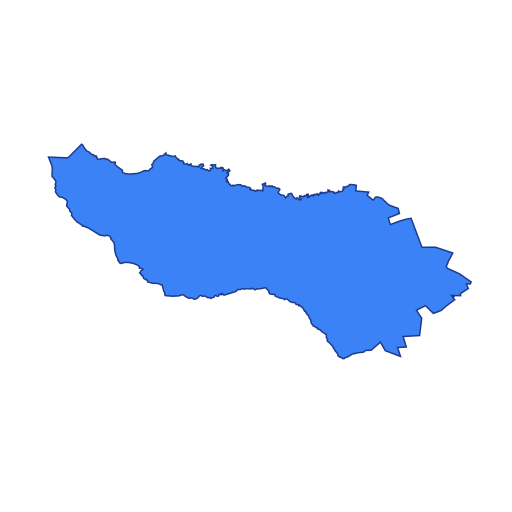 the district of Nyanga, Manicaland, Zimbabwe, rotated 276°
{"feature_id": "62879985B16821678583413", "entity_name": "Nyanga", "entity_type": "district", "adm_level": 2, "iso_a3": "ZWE", "parent_name": "Zimbabwe", "parent_adm1": "Manicaland", "projection": "natural_earth1", "projection_center": [32.82, -17.911], "detail": "fine", "context": "isolated", "style": "filled", "palette": "blue", "viewbox_px": 512, "rotation_deg": 276, "n_neighbors": 0, "source": "geoboundaries", "source_scale": "gbopen_adm2", "svg_char_len": 6113}
<svg xmlns="http://www.w3.org/2000/svg" viewBox="0 0 512 512"><g transform="rotate(276 256 256)"><path d="M181.2,415.0L191.3,410.7L194.0,427.0L211.4,427.3L218.9,421.2L224.3,429.8L217.4,438.4L221.1,445.7L226.9,451.2L233.3,458.2L234.5,456.6L236.1,457.1L235.7,456.1L237.2,454.5L237.9,463.6L240.1,463.4L245.8,470.5L250.3,468.2L250.6,472.0L252.7,472.7L259.6,460.1L263.7,447.8L265.3,446.2L269.2,447.6L269.7,447.4L279.5,451.4L283.5,433.6L282.0,420.1L309.7,406.3L308.5,402.0L305.8,395.3L301.3,386.3L307.7,383.6L313.3,394.2L318.2,392.4L320.2,384.2L321.4,381.6L326.5,375.1L327.5,370.7L326.9,368.5L323.9,367.1L324.3,365.9L327.9,360.2L331.3,361.4L331.2,348.4L336.7,348.4L337.1,346.2L337.0,342.7L336.8,341.5L335.2,340.5L334.5,339.3L334.7,338.7L333.5,337.7L334.0,336.5L333.7,335.6L332.1,336.3L331.8,335.5L330.5,335.8L329.4,334.9L328.5,332.6L329.3,331.5L328.3,331.2L328.0,330.4L327.3,330.2L327.5,329.4L326.5,328.4L326.8,327.0L327.5,327.2L327.5,326.0L328.1,325.7L327.5,322.2L327.9,321.9L328.9,322.3L329.2,320.7L327.4,321.0L327.0,319.9L326.1,319.3L326.5,318.1L326.0,317.0L325.7,317.0L325.7,316.2L325.2,315.3L325.3,314.9L326.1,314.9L326.1,313.7L325.2,313.1L324.6,313.4L324.3,312.5L322.9,311.9L323.0,311.3L323.9,311.1L324.3,310.3L323.3,308.8L323.4,308.0L323.0,306.9L322.3,307.3L321.7,306.7L322.4,305.2L322.2,304.4L321.3,304.2L319.7,301.2L321.2,300.8L321.2,302.3L323.0,301.2L322.5,299.9L321.6,299.7L321.1,298.9L321.0,297.7L319.8,297.3L320.5,293.3L320.0,293.0L318.8,293.3L317.6,294.9L316.4,294.7L316.9,294.0L316.6,292.5L317.5,292.2L318.2,291.0L317.6,290.1L317.0,290.1L317.2,288.9L319.6,286.2L321.6,285.2L322.0,284.2L320.8,281.4L319.1,281.7L318.5,280.3L317.3,279.9L316.9,279.4L319.0,277.6L319.4,275.5L319.3,274.3L320.9,271.7L322.4,271.6L324.5,272.8L325.3,272.4L325.8,270.9L325.5,269.2L326.5,267.8L326.8,266.4L326.4,265.0L327.4,264.7L326.6,263.1L327.3,262.4L326.5,260.5L326.9,257.9L327.3,257.4L329.0,258.0L329.6,257.8L327.9,254.8L325.9,255.9L322.9,255.8L321.8,256.1L321.4,255.8L321.9,255.4L321.6,253.8L321.8,252.5L321.1,250.7L321.7,250.2L320.2,248.3L321.1,247.6L320.9,245.3L321.7,244.2L321.2,243.6L321.3,243.2L322.4,243.5L323.5,242.6L323.4,239.8L324.3,238.5L324.6,236.1L323.8,235.1L325.3,233.5L325.1,230.8L324.1,227.8L323.3,226.6L324.0,226.0L323.3,223.4L324.5,222.7L325.1,221.4L326.2,220.9L327.1,218.6L327.6,218.8L327.7,219.6L328.0,219.2L329.0,219.6L330.0,217.9L330.8,218.0L331.6,219.0L332.6,219.1L333.0,220.1L335.4,220.1L335.7,218.4L336.5,218.9L337.8,221.0L338.5,221.0L339.5,219.7L338.1,218.3L337.9,217.0L338.3,215.6L337.4,214.3L339.0,214.7L340.3,213.8L340.5,212.1L340.4,211.8L339.5,212.1L339.5,209.6L339.0,207.9L340.1,206.5L342.6,206.2L342.1,204.3L342.2,202.3L341.6,201.6L340.9,203.2L338.7,203.8L338.4,201.4L337.0,201.9L335.8,200.8L335.7,200.1L336.9,198.5L336.1,197.3L337.2,195.6L337.3,192.3L337.9,192.4L340.2,194.5L341.9,193.7L341.4,191.3L340.6,191.0L340.6,190.1L338.8,190.0L338.5,189.6L339.1,187.5L338.6,186.1L338.9,182.4L339.2,181.9L340.7,181.8L340.4,180.7L339.3,180.0L339.5,179.0L340.8,178.1L339.9,176.5L340.2,174.5L340.5,174.1L341.3,174.5L342.9,173.2L342.8,169.7L344.1,169.1L344.9,166.8L347.1,165.2L346.3,162.9L346.8,160.2L346.5,159.3L347.2,158.3L347.1,156.5L347.4,156.0L349.0,155.6L346.1,153.0L345.3,149.9L339.7,144.5L336.9,143.8L336.0,142.8L334.1,143.7L333.1,143.7L331.4,141.5L329.7,140.7L329.3,139.7L329.5,138.5L329.2,135.9L327.1,132.5L325.8,129.6L324.2,121.4L324.3,117.6L325.0,114.8L325.7,114.2L327.3,114.3L330.5,108.5L332.1,106.4L332.8,105.9L334.0,106.5L334.7,106.1L334.1,102.6L336.6,98.6L336.9,97.6L336.5,96.5L337.3,95.2L335.7,88.7L335.9,87.9L337.6,87.6L337.8,86.9L338.8,86.6L338.7,84.6L339.8,83.6L340.0,81.6L342.0,79.1L342.5,77.1L345.3,74.1L348.2,72.1L348.9,70.8L335.0,59.6L333.9,58.3L332.7,39.3L324.0,43.8L320.0,44.5L317.9,44.4L313.5,45.0L312.0,47.2L311.0,47.5L310.4,48.6L308.7,49.3L305.9,48.9L304.3,49.7L303.7,49.1L302.4,49.0L301.0,50.0L298.9,49.8L298.3,50.2L295.4,52.8L294.1,54.7L294.3,56.0L293.9,57.9L292.3,61.1L291.0,62.4L290.1,62.7L285.9,62.4L282.8,65.8L280.9,66.3L279.3,68.4L277.0,68.3L273.1,72.2L270.8,74.9L270.6,76.2L269.6,77.4L268.8,79.5L267.5,80.4L267.7,82.5L267.2,82.9L267.0,84.3L266.1,86.9L260.5,98.4L260.2,103.2L261.0,105.9L260.6,108.3L259.1,109.5L257.9,109.8L254.9,113.0L252.6,114.0L246.6,115.0L244.2,115.8L241.3,117.1L239.1,118.7L237.5,119.0L234.5,121.6L234.5,122.8L235.6,125.2L236.1,127.5L236.2,130.6L235.8,134.9L234.5,139.2L233.5,141.0L231.8,141.3L231.9,142.0L231.3,144.8L230.5,144.8L229.6,143.4L227.0,142.0L226.6,143.0L224.7,144.2L224.4,145.6L222.0,146.6L221.4,147.9L221.6,147.8L221.4,148.8L220.3,150.6L218.9,150.9L218.0,156.6L218.4,159.2L218.3,161.7L218.1,163.0L217.5,163.9L217.6,165.6L211.3,168.0L210.2,169.0L207.5,169.5L207.1,170.0L207.3,177.3L208.3,183.6L209.8,186.5L209.5,188.3L208.4,190.1L207.0,193.5L207.6,196.5L206.6,199.0L206.7,200.1L208.2,202.4L210.4,203.9L211.1,205.2L210.3,207.1L210.9,209.4L209.5,212.4L209.8,214.3L209.1,215.3L210.7,218.5L211.7,218.8L212.7,220.2L212.0,221.3L212.1,222.8L214.1,223.4L213.8,225.0L214.0,225.8L214.9,225.4L215.2,225.7L215.2,226.3L213.7,228.3L218.3,239.0L219.1,240.2L220.7,241.2L220.9,243.6L222.1,245.8L221.8,248.0L222.5,249.5L222.7,254.5L223.6,255.7L222.3,258.5L223.5,260.8L223.8,263.5L225.5,268.8L222.4,272.4L220.5,272.9L219.8,273.9L219.5,276.8L219.9,278.1L219.1,279.2L218.4,279.1L218.1,279.6L216.8,283.6L216.4,287.7L215.6,288.9L216.8,291.0L214.0,294.9L214.2,295.7L213.6,296.9L213.7,299.5L213.3,300.3L212.7,300.3L212.0,301.0L212.0,303.6L210.9,303.8L211.3,305.0L210.6,305.7L210.4,306.6L209.7,307.0L209.1,308.2L206.2,310.1L205.8,311.4L204.7,311.6L204.4,312.4L203.1,313.0L202.1,314.6L199.5,315.7L198.4,316.9L195.2,317.9L194.0,318.8L193.5,319.8L192.3,320.2L191.7,322.7L191.0,323.3L191.0,324.4L189.9,324.9L189.5,327.0L187.4,329.9L185.1,334.2L182.2,334.5L180.7,335.8L179.4,335.6L178.6,336.1L177.6,337.8L173.9,342.1L172.4,342.6L171.1,344.0L169.8,344.6L168.7,346.1L166.8,347.7L165.5,347.9L164.3,349.5L163.9,351.7L163.0,353.0L163.2,354.5L164.1,354.9L165.0,357.4L169.2,363.0L169.0,363.8L170.4,367.3L171.5,372.5L172.0,373.5L173.6,374.9L174.3,380.3L183.4,388.8L175.4,394.4L171.2,410.2L179.8,406.4L181.2,415.0Z" fill="#3b82f6" stroke="#1e3a8a" stroke-width="1.5"/></g></svg>